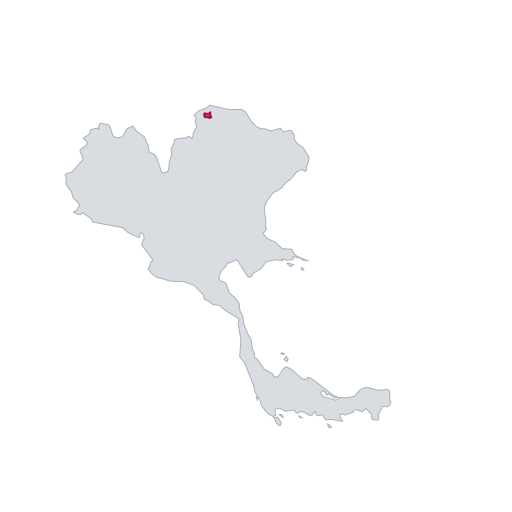 Phon Charoen, Bueng Kan, Thailand (highlighted), rotated 319°
{"feature_id": "78962969B2501060362083", "entity_name": "Phon Charoen", "entity_type": "district", "adm_level": 2, "iso_a3": "THA", "parent_name": "Thailand", "parent_adm1": "Bueng Kan", "projection": "albers", "projection_center": [103.668, 18.069], "detail": "fine", "context": "in_parent", "style": "filled", "palette": "rose", "viewbox_px": 512, "rotation_deg": 319, "n_neighbors": 0, "source": "geoboundaries", "source_scale": "gbopen_adm2", "svg_char_len": 5752}
<svg xmlns="http://www.w3.org/2000/svg" viewBox="0 0 512 512"><g transform="rotate(319 256 256)"><path d="M220.1,55.3L220.6,57.3L222.6,54.7L225.3,53.5L230.4,59.4L231.0,61.8L227.0,71.0L227.6,74.1L229.9,76.6L232.8,78.2L235.9,77.8L241.8,75.2L248.2,77.1L247.7,83.2L249.9,92.9L246.6,102.8L243.4,107.6L245.8,112.0L245.9,116.0L239.4,131.4L240.7,132.6L244.6,134.3L246.3,133.8L252.8,127.8L260.1,123.2L262.4,119.2L267.0,117.9L271.1,114.4L280.5,120.7L282.9,121.3L284.1,122.3L284.6,124.9L285.7,125.3L289.6,121.8L296.1,119.6L298.6,114.2L301.7,112.6L301.4,110.0L302.3,109.1L307.6,108.8L315.6,111.6L318.4,112.2L319.7,111.5L332.4,128.7L340.6,135.2L342.7,139.7L340.8,151.2L341.0,157.7L342.9,162.8L346.4,166.2L349.0,171.2L358.6,175.9L357.8,177.1L358.5,180.3L364.5,183.8L365.0,185.0L364.3,189.6L361.6,193.2L361.1,196.1L361.1,199.7L362.7,205.0L360.9,216.2L357.3,219.4L352.7,221.6L350.1,224.6L348.2,223.9L347.3,220.8L342.2,219.2L332.3,220.8L327.4,220.1L320.7,221.2L314.3,220.7L310.5,219.4L299.7,221.9L295.2,224.1L291.9,227.3L287.0,235.4L282.0,240.4L282.0,242.4L275.9,243.7L276.1,250.6L279.6,258.2L280.6,267.7L287.5,274.5L286.1,279.2L286.9,283.7L292.3,294.3L288.4,289.3L287.7,285.9L283.1,280.6L281.6,283.2L276.3,279.2L274.0,275.2L273.2,277.0L267.9,271.4L262.6,268.4L259.5,267.0L252.0,268.8L242.3,267.2L238.6,268.6L237.1,267.7L236.2,266.0L239.2,246.2L230.9,243.6L229.5,242.3L227.7,243.8L219.6,244.5L213.6,248.0L212.8,251.0L215.4,256.5L211.8,266.2L212.7,275.5L212.2,280.6L207.9,286.9L206.8,292.1L201.9,299.8L198.6,309.7L197.7,315.5L192.0,324.2L190.6,329.1L188.5,331.0L189.2,334.9L188.0,347.0L191.3,355.9L190.3,359.9L194.1,361.4L203.3,358.9L206.4,359.7L208.2,364.5L210.2,378.9L214.0,383.4L215.0,381.2L216.8,383.5L218.1,387.8L222.6,410.4L225.0,416.3L222.1,414.8L220.6,407.7L217.9,407.4L218.9,402.9L217.2,401.3L214.5,402.5L214.5,406.0L221.6,417.3L226.2,417.7L231.8,422.8L238.1,426.5L246.1,425.3L251.5,426.6L254.8,429.6L259.9,437.3L268.3,443.7L267.0,447.6L263.6,450.7L261.8,454.9L259.4,456.1L256.3,456.1L252.9,452.6L244.4,455.7L242.5,458.9L240.3,459.8L236.7,456.1L237.0,454.0L239.4,451.1L238.9,443.3L233.8,443.2L230.6,437.3L229.5,436.7L227.0,437.6L219.1,434.6L216.8,431.0L214.5,431.2L212.7,437.5L205.9,429.0L201.1,425.4L201.9,419.2L198.6,417.8L197.3,416.0L198.6,412.3L194.1,412.8L192.0,411.7L189.5,404.9L187.3,402.2L184.4,402.1L183.4,400.8L183.7,397.4L176.5,392.6L174.3,387.1L170.9,384.6L168.7,385.3L166.4,389.1L164.7,388.8L163.2,387.7L161.5,382.2L161.9,372.8L164.4,367.4L165.9,358.6L169.5,351.3L177.1,329.8L177.6,321.3L189.7,309.4L197.9,295.6L200.6,293.6L201.8,291.1L197.9,279.7L196.2,271.9L196.5,269.8L191.6,264.4L190.5,258.3L189.2,256.3L188.8,254.3L190.8,250.8L190.0,237.4L184.8,228.1L175.2,219.2L166.9,206.4L165.9,201.9L165.8,195.6L172.9,191.6L175.7,191.4L177.1,172.5L183.2,169.1L184.5,167.5L185.2,164.4L183.9,162.5L179.9,165.5L179.2,164.8L174.6,153.6L173.8,146.8L155.1,123.5L156.1,119.7L153.6,109.7L150.8,109.5L148.9,107.7L147.0,103.2L150.7,103.9L156.8,101.6L156.1,92.0L158.8,86.6L159.5,77.5L164.2,72.3L164.9,69.7L167.4,69.4L170.7,71.5L174.1,71.6L188.4,69.7L190.3,67.3L191.3,62.3L192.8,60.7L196.0,60.4L199.6,61.5L203.5,59.6L202.9,53.7L209.7,54.9L214.2,52.2L220.1,55.3ZM166.7,391.6L165.5,398.6L162.6,399.9L161.8,395.8L163.7,389.3L164.4,390.8L166.7,391.6ZM213.0,351.6L212.5,355.0L209.9,356.1L209.4,352.3L213.0,351.6ZM275.6,282.2L278.6,287.1L275.1,286.7L274.5,281.9L275.6,282.2ZM200.0,435.0L198.4,433.0L199.8,429.8L201.1,433.7L200.0,435.0ZM171.4,392.5L170.6,396.3L169.4,391.0L171.4,392.5ZM213.2,348.6L211.9,348.2L210.7,345.9L212.4,346.0L213.2,348.6ZM183.4,404.3L184.9,408.8L183.1,406.7L183.4,404.3ZM283.3,295.1L282.9,298.0L281.3,296.8L282.3,294.7L283.3,295.1ZM164.1,364.3L162.4,365.3L163.8,362.7L164.1,364.3Z" fill="#d9dde1" stroke="#a8b0b8" stroke-width="1"/><path d="M313.3,121.9L313.2,122.0L313.3,122.1L313.4,121.9L313.5,121.8L313.5,121.7L313.7,121.0L313.8,120.8L313.8,120.6L313.7,120.5L313.8,120.5L313.8,120.4L313.9,120.2L314.1,119.9L313.9,119.7L313.9,119.8L313.9,119.7L313.7,119.6L313.8,119.6L314.0,119.4L314.0,119.5L314.1,119.4L314.3,119.2L314.4,119.3L314.5,119.3L314.5,119.2L315.1,118.0L315.2,117.9L315.3,117.9L315.3,118.0L315.4,117.9L315.5,117.8L315.4,117.8L315.3,117.7L315.5,117.7L315.4,117.6L315.3,117.4L315.2,117.4L315.2,117.5L315.2,117.4L315.2,117.5L315.0,117.8L314.9,117.7L314.6,117.6L314.4,117.5L314.2,117.5L314.3,117.5L314.2,117.5L314.1,117.8L314.1,117.7L314.1,117.8L314.0,117.7L313.9,117.7L313.7,117.6L313.5,117.4L313.4,117.2L313.2,117.2L312.8,117.0L312.8,116.9L312.7,116.8L312.6,116.6L312.4,116.4L312.2,116.3L312.2,116.2L311.9,116.1L311.9,115.9L311.8,115.7L311.7,115.6L311.4,115.6L311.2,115.5L311.3,115.5L311.2,115.5L311.2,115.4L311.1,115.5L311.1,115.4L311.1,115.5L311.1,115.4L310.9,115.4L310.7,115.3L310.5,115.2L310.4,115.2L310.5,115.3L310.4,115.3L310.3,115.2L310.5,115.1L310.4,115.0L310.4,114.9L310.3,115.0L310.3,114.9L310.2,114.9L310.1,115.0L309.9,115.1L309.7,115.1L309.7,115.3L309.6,115.5L309.4,115.6L309.4,115.9L309.3,116.0L309.3,115.9L309.2,115.9L309.1,116.0L309.1,115.9L309.0,116.0L308.9,116.1L308.8,116.3L308.7,116.4L308.7,116.5L308.8,116.5L308.9,116.8L308.8,117.0L308.7,117.1L308.8,117.1L309.0,117.1L309.2,117.3L309.1,117.6L309.2,117.4L309.3,117.4L309.4,117.5L309.2,117.6L309.3,117.8L309.4,118.0L309.2,117.9L309.2,118.0L309.0,117.9L309.0,118.1L308.9,118.3L309.0,118.6L309.4,118.6L309.6,118.9L309.8,119.0L310.0,119.3L310.2,119.2L310.3,119.0L310.7,119.4L310.7,119.8L310.8,119.9L310.8,120.0L311.1,120.0L311.4,119.9L311.4,120.0L311.5,120.0L311.4,120.2L311.2,120.2L311.1,120.3L311.1,120.5L311.2,120.8L311.1,121.1L311.2,121.3L311.3,121.2L311.5,121.0L311.6,121.3L311.8,121.4L312.0,121.3L312.0,121.1L312.3,121.3L312.2,121.5L312.1,121.8L312.3,121.8L312.5,121.7L313.0,121.7L313.1,121.8L313.3,121.9Z" fill="#f43f5e" stroke="#9f1239" stroke-width="1.5"/></g></svg>